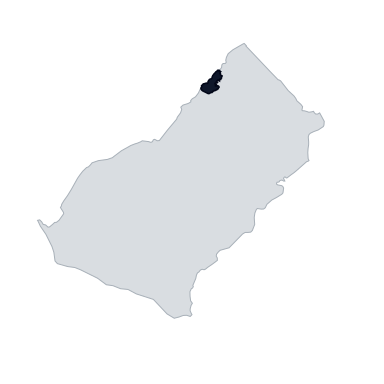 Wa West, Upper West, Ghana shown in context, rotated 47°
{"feature_id": "2480657B35206472883168", "entity_name": "Wa West", "entity_type": "district", "adm_level": 2, "iso_a3": "GHA", "parent_name": "Ghana", "parent_adm1": "Upper West", "projection": "robinson", "projection_center": [-2.68, 9.917], "detail": "fine", "context": "in_parent", "style": "filled", "palette": "ink", "viewbox_px": 384, "rotation_deg": 47, "n_neighbors": 0, "source": "geoboundaries", "source_scale": "gbopen_adm2", "svg_char_len": 6101}
<svg xmlns="http://www.w3.org/2000/svg" viewBox="0 0 384 384"><g transform="rotate(47 192 192)"><path d="M230.5,47.1L233.1,49.9L233.7,51.4L232.7,57.4L230.9,61.6L229.7,65.5L229.8,67.4L231.0,69.4L234.9,72.5L237.0,74.5L239.4,77.5L242.1,80.4L246.8,84.3L248.8,85.0L248.7,86.0L248.0,87.5L247.6,101.8L247.3,105.5L247.0,107.4L246.5,112.8L246.0,113.5L245.2,113.5L244.3,113.7L244.1,114.7L244.5,115.8L247.3,116.6L246.7,117.4L244.6,118.1L243.6,119.8L244.0,121.6L242.9,123.1L243.2,124.1L244.0,124.8L245.2,124.5L248.5,122.1L249.8,121.8L251.6,122.3L254.7,126.1L254.9,127.9L253.6,134.2L252.3,139.1L252.1,145.6L253.5,149.2L253.3,151.2L251.8,153.0L248.6,155.5L248.8,157.2L250.3,160.4L253.1,163.9L258.5,168.3L261.3,174.1L261.4,176.4L259.7,178.7L257.8,180.7L257.2,183.7L258.1,202.9L253.8,211.2L253.8,213.6L254.2,216.4L255.4,218.0L257.5,218.5L259.3,220.1L258.7,225.9L257.8,231.9L257.6,234.8L257.1,236.2L255.4,237.3L254.8,239.2L255.2,241.5L254.9,243.2L255.8,245.4L257.8,248.2L260.9,255.1L262.1,255.6L262.6,257.1L262.3,258.5L263.5,261.5L267.0,264.6L270.6,267.2L273.6,267.6L274.3,270.0L276.2,273.0L277.6,274.4L279.9,275.2L281.7,275.7L281.8,278.2L278.5,280.0L276.3,282.6L274.6,286.7L272.2,291.1L264.1,293.4L261.0,293.4L244.2,293.5L228.6,302.2L219.6,305.3L214.0,310.2L206.6,313.7L201.4,317.9L190.6,319.9L172.8,326.6L167.3,329.2L161.7,333.8L152.6,339.3L149.0,339.2L141.8,334.1L136.4,331.6L123.3,327.7L113.5,326.2L108.7,324.6L107.4,324.3L108.5,322.4L111.3,322.3L114.2,322.9L116.3,321.5L119.5,321.3L120.4,319.9L120.6,316.2L120.6,313.2L121.7,311.9L122.0,308.5L120.4,300.7L119.3,299.9L113.6,298.8L113.2,297.2L112.1,295.6L111.0,291.7L109.8,285.7L107.8,278.4L103.9,266.3L103.0,262.1L102.3,257.7L102.2,252.5L103.0,250.6L102.9,247.9L102.5,245.2L105.2,239.1L110.5,231.6L111.7,228.8L112.6,226.9L112.8,224.2L113.7,215.5L116.3,204.9L117.9,200.9L119.0,198.7L120.3,195.2L120.6,193.5L125.5,189.4L127.7,188.2L128.2,186.6L127.5,184.8L127.8,183.6L129.0,183.0L130.8,182.5L132.1,180.8L130.0,167.7L128.4,154.7L128.3,153.6L127.3,151.8L126.3,146.4L124.6,143.2L122.3,142.3L122.3,139.3L124.7,134.3L125.3,131.4L124.2,130.5L124.0,128.2L124.8,124.5L124.4,122.2L124.0,119.8L121.6,114.1L121.0,110.1L122.2,107.7L122.2,102.5L120.9,94.6L120.7,89.5L121.5,87.4L121.1,85.4L119.4,83.5L119.2,81.7L120.7,79.9L120.5,78.5L118.7,77.5L117.0,75.0L115.5,71.2L115.9,64.9L118.6,53.4L119.0,52.5L122.1,52.5L122.1,53.0L131.9,52.9L143.1,52.8L156.5,52.7L168.7,52.5L169.2,52.0L171.2,51.4L183.5,52.5L191.2,51.9L194.4,52.3L196.8,53.1L202.1,52.6L205.0,52.9L207.1,55.8L208.0,55.7L209.2,54.5L211.3,53.2L213.4,52.1L215.0,49.8L215.9,48.1L217.3,48.5L219.3,48.4L220.7,46.9L221.2,44.7L230.5,47.1Z" fill="#d9dde1" stroke="#a8b0b8" stroke-width="1"/><path d="M134.0,101.2L133.9,100.8L133.8,100.7L133.7,100.7L133.3,100.4L133.2,100.4L132.9,100.4L132.7,100.5L132.4,100.7L132.2,100.6L132.1,100.8L131.8,100.8L131.7,100.9L131.6,101.0L131.4,101.3L131.4,101.2L131.4,101.3L131.2,101.3L130.9,101.4L130.6,101.2L130.4,101.1L130.2,101.3L130.1,101.5L130.0,101.8L129.9,101.7L129.9,101.8L129.8,101.7L129.8,101.8L129.7,101.8L129.5,101.7L129.5,101.8L129.4,101.7L129.2,101.7L128.9,101.6L128.8,101.4L128.9,101.2L128.7,101.3L128.4,101.1L128.2,101.1L128.2,100.9L128.3,100.6L128.3,100.2L128.5,100.0L128.6,99.8L128.6,99.7L128.8,99.4L128.8,99.2L129.0,99.1L128.8,98.9L128.7,98.9L128.8,98.8L128.7,98.8L128.5,99.0L128.4,99.1L128.2,98.8L128.4,98.8L128.4,98.7L128.2,98.3L127.9,98.4L127.9,97.9L127.7,97.6L127.7,97.3L127.7,97.0L127.7,96.9L127.8,96.5L128.3,96.5L128.5,96.6L128.6,96.4L129.3,96.4L129.5,96.3L129.3,96.2L129.2,96.0L128.9,95.9L128.9,95.7L129.0,95.6L129.1,95.3L129.0,95.0L129.0,94.9L129.1,94.7L128.9,94.7L128.9,94.8L128.8,94.7L128.8,94.8L128.7,94.8L128.4,94.8L128.4,94.7L128.4,94.4L128.6,94.2L129.1,93.9L129.0,93.6L128.9,93.3L128.9,93.1L128.9,92.8L128.5,92.4L128.3,92.2L128.1,92.2L127.9,91.9L127.7,91.8L127.6,91.5L127.7,91.4L127.9,91.3L127.7,90.8L127.3,90.8L127.2,90.9L127.2,91.0L126.8,91.2L126.7,91.2L126.4,91.1L125.9,91.3L125.8,91.2L125.7,91.2L125.3,91.0L125.3,90.9L125.2,90.8L124.9,90.9L124.7,90.8L124.4,90.7L124.5,90.6L124.4,90.4L124.4,90.2L124.2,90.2L124.1,89.9L123.9,89.9L123.6,89.7L123.3,89.5L123.3,89.3L123.2,89.4L122.9,89.4L122.8,89.2L122.7,89.0L122.4,89.0L122.2,89.0L121.9,89.3L122.0,89.3L121.9,89.3L121.9,89.5L121.7,89.4L121.6,89.5L121.3,89.8L121.2,89.8L121.2,89.7L121.1,89.8L121.1,89.7L121.0,89.9L120.9,89.9L120.9,90.0L120.7,90.0L120.4,90.3L120.4,90.5L120.5,90.8L120.6,91.2L120.6,91.4L120.6,91.6L120.7,92.0L120.5,92.4L120.4,92.5L120.4,92.9L120.5,93.3L120.5,93.5L120.6,93.8L120.7,94.1L120.6,94.3L120.6,94.7L120.6,95.0L120.6,95.5L120.8,95.9L120.8,96.0L120.9,96.3L120.9,96.8L120.9,97.2L121.1,97.4L121.2,97.9L121.4,98.2L121.5,98.5L121.7,98.8L121.9,98.9L122.1,99.1L122.3,99.7L122.5,100.3L122.4,100.7L122.4,100.8L122.2,101.0L121.8,101.7L121.6,102.4L121.7,102.5L121.7,102.9L121.8,103.1L121.7,103.3L121.7,103.7L121.9,104.2L122.3,105.1L122.6,105.4L123.0,105.8L123.1,106.0L123.1,106.3L123.1,106.7L122.9,106.9L122.7,106.9L122.3,107.2L122.2,107.2L121.9,107.6L121.8,107.9L121.5,108.3L121.4,108.7L121.4,108.8L121.2,109.1L121.1,109.6L120.7,109.8L120.6,110.1L120.6,110.3L120.7,110.7L120.9,111.0L120.7,111.7L120.7,112.3L120.7,112.5L120.8,112.6L121.0,112.8L121.3,112.9L121.8,113.0L121.9,113.5L122.0,114.4L122.1,114.5L122.4,114.9L122.6,114.9L122.8,114.8L123.0,115.0L123.3,115.2L123.3,115.3L123.6,115.3L123.8,115.3L123.8,115.2L124.1,115.3L124.3,115.4L124.5,115.4L124.8,115.3L125.0,115.3L125.3,115.3L125.4,115.2L125.5,115.1L125.8,115.0L125.9,114.9L126.2,114.8L126.3,114.8L126.5,114.8L126.9,114.7L127.1,114.6L127.5,114.4L128.0,114.2L128.3,114.1L130.8,113.2L131.0,113.0L131.4,112.8L131.7,112.5L131.8,112.0L131.9,111.5L132.0,111.4L131.9,110.3L132.0,110.1L132.5,109.9L132.8,109.8L132.9,109.6L132.9,109.4L132.5,109.2L132.6,108.3L132.8,108.3L132.9,108.2L132.8,107.8L132.7,107.6L132.9,107.3L132.8,107.1L132.8,106.8L132.8,106.7L133.3,106.5L133.5,106.1L133.4,106.0L133.5,105.9L133.6,105.6L133.8,105.4L133.8,104.5L134.0,104.5L134.2,104.3L134.2,104.0L134.1,103.8L134.0,103.7L133.9,103.7L134.0,102.9L134.3,102.9L134.4,102.5L134.3,102.3L134.1,102.1L133.9,101.7L134.0,101.2Z" fill="#0f172a" stroke="#020617" stroke-width="1.5"/></g></svg>